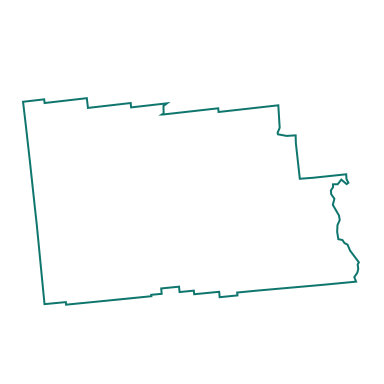 Blaine, Montana, United States of America (Albers equal-area conic projection), rotated 264°
{"feature_id": "52423323B87448243037078", "entity_name": "Blaine", "entity_type": "district", "adm_level": 2, "iso_a3": "USA", "parent_name": "United States of America", "parent_adm1": "Montana", "projection": "albers", "projection_center": [-109.013, 48.36], "detail": "fine", "context": "isolated", "style": "outline", "palette": "teal", "viewbox_px": 384, "rotation_deg": 264, "n_neighbors": 0, "source": "geoboundaries", "source_scale": "gbopen_adm2", "svg_char_len": 1019}
<svg xmlns="http://www.w3.org/2000/svg" viewBox="0 0 384 384"><g transform="rotate(264 192 192)"><path d="M193.5,347.2L193.5,313.5L193.9,300.6L229.9,300.4L237.5,301.0L237.9,291.9L240.4,283.5L241.9,283.3L246.7,285.9L269.2,286.9L268.8,226.8L272.5,226.8L272.1,171.0L272.2,170.1L273.1,172.0L280.6,172.6L282.8,176.4L282.5,140.3L286.9,140.3L286.5,97.3L296.3,97.2L295.9,54.7L299.6,54.7L299.4,33.4L274.6,33.7L236.2,34.0L195.7,34.1L175.7,34.2L136.3,33.9L95.9,33.6L95.7,55.0L93.1,55.0L92.6,140.7L94.0,140.7L94.0,141.9L93.9,151.2L99.3,151.3L99.2,169.2L93.8,169.2L93.7,183.5L90.1,183.5L89.9,208.6L84.5,208.5L84.4,226.4L87.3,226.4L87.1,247.9L86.0,313.1L85.7,345.8L90.4,344.5L94.3,347.9L98.1,349.3L102.7,349.2L104.6,350.6L117.2,343.1L123.4,341.2L125.3,338.3L128.5,336.6L129.8,332.6L137.2,332.2L143.8,333.2L148.7,336.0L153.3,335.7L164.5,330.7L170.4,332.9L175.3,330.2L179.0,330.3L182.1,332.8L184.9,333.0L184.5,337.7L188.7,341.8L183.7,346.6L184.8,348.5L188.8,347.0L193.5,347.2Z" fill="none" stroke="#0f766e" stroke-width="2"/></g></svg>